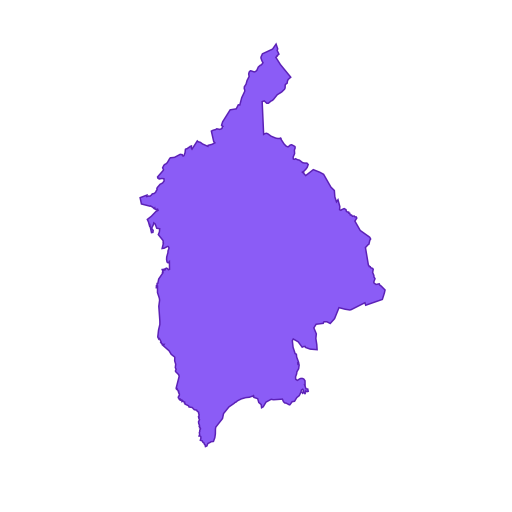 the district of Caimito, Sucre, Colombia, rotated 215°
{"feature_id": "7082276B33919985254113", "entity_name": "Caimito", "entity_type": "district", "adm_level": 2, "iso_a3": "COL", "parent_name": "Colombia", "parent_adm1": "Sucre", "projection": "equal_earth", "projection_center": [-75.153, 8.788], "detail": "fine", "context": "isolated", "style": "filled", "palette": "violet", "viewbox_px": 512, "rotation_deg": 215, "n_neighbors": 0, "source": "geoboundaries", "source_scale": "gbopen_adm2", "svg_char_len": 6085}
<svg xmlns="http://www.w3.org/2000/svg" viewBox="0 0 512 512"><g transform="rotate(215 256 256)"><path d="M184.5,79.7L185.5,83.5L187.2,86.9L190.1,91.2L190.8,92.8L190.2,103.6L192.2,108.3L191.6,116.9L189.4,122.8L189.2,124.2L188.7,124.5L188.1,126.8L186.1,130.5L183.2,134.1L180.4,136.5L178.6,139.1L178.3,139.2L178.0,140.2L177.5,139.9L177.1,139.1L176.5,139.0L172.8,140.1L169.7,137.6L166.6,137.3L164.4,134.9L163.6,136.6L164.0,142.1L161.4,147.3L159.2,148.3L152.3,153.9L149.9,152.4L148.2,152.1L146.8,152.8L143.3,153.2L142.9,153.6L142.8,157.4L141.1,159.1L141.4,163.4L140.5,166.4L141.1,170.3L141.9,172.3L141.3,173.7L140.0,173.1L139.1,172.0L139.4,172.1L139.8,170.7L139.0,170.3L138.6,171.8L136.9,171.3L136.8,171.5L137.3,171.8L137.8,174.0L136.5,174.0L135.6,175.1L137.3,176.7L138.9,175.9L141.5,177.8L141.3,177.8L144.3,181.9L146.2,182.6L147.6,182.4L149.0,181.5L149.7,180.5L150.8,177.8L152.8,177.8L154.3,179.7L155.1,182.7L156.1,184.6L156.4,188.1L158.1,191.4L159.2,192.4L159.6,191.5L160.6,192.5L160.2,193.4L164.8,196.6L166.6,198.7L168.0,198.5L173.3,202.5L177.7,207.5L177.9,209.4L172.2,209.9L165.9,207.8L165.1,209.1L163.9,210.1L163.0,209.5L158.2,210.8L152.2,214.3L155.4,218.3L159.7,222.8L161.9,226.8L167.4,230.3L167.6,234.6L162.3,239.4L162.6,240.5L162.5,241.2L160.2,242.8L156.5,243.3L155.7,249.7L158.4,261.3L152.5,263.5L148.2,265.6L147.3,266.6L140.0,280.2L137.9,278.6L127.6,292.9L129.6,299.3L130.8,302.2L136.3,303.2L138.0,303.2L139.1,303.9L141.4,301.5L143.9,301.6L144.6,302.2L145.5,305.7L147.4,306.5L148.3,307.7L151.0,309.4L152.4,312.4L153.4,312.7L155.3,312.2L156.3,312.8L157.1,312.3L157.9,312.9L158.8,313.1L171.2,325.7L170.7,329.5L170.3,330.5L171.8,334.2L171.8,335.6L172.2,335.9L173.7,336.6L185.3,336.7L195.0,341.3L195.2,344.9L196.4,345.5L197.4,344.8L198.5,345.1L199.8,343.8L201.2,344.4L202.3,343.7L203.8,344.8L204.5,344.3L205.3,345.1L206.5,344.4L207.7,344.5L208.9,345.6L211.0,345.4L212.4,343.1L212.7,342.1L214.1,341.9L215.7,344.6L221.1,349.1L221.1,346.5L225.3,349.6L229.4,354.6L234.2,355.4L247.5,361.7L251.8,361.2L258.6,359.6L261.4,350.4L263.8,350.9L264.4,351.4L264.6,351.1L266.1,351.3L265.4,352.8L264.9,356.1L264.9,358.0L265.7,360.9L267.6,361.3L269.3,360.1L271.3,359.2L275.4,359.4L277.5,358.6L279.4,358.4L280.0,357.2L281.0,356.8L282.3,358.3L283.1,362.0L285.3,364.8L285.9,366.9L286.7,367.9L287.3,368.0L290.6,367.6L291.6,366.5L292.2,364.0L292.7,363.6L294.3,363.3L297.4,363.9L302.3,365.9L303.0,366.7L303.7,366.6L303.7,366.1L305.5,364.8L307.4,363.9L312.4,362.8L316.4,362.9L317.9,362.5L318.9,361.3L319.5,360.0L339.5,386.0L338.2,387.8L334.8,387.3L333.5,388.2L332.6,391.5L331.9,392.7L331.5,394.1L331.1,400.3L329.0,405.2L328.3,409.1L328.6,410.4L330.2,412.9L330.1,414.2L329.6,415.4L330.6,417.4L330.9,419.1L330.1,422.4L345.8,426.8L353.7,430.1L353.3,431.9L353.6,432.0L353.0,434.5L356.6,436.5L357.0,438.1L361.1,441.1L361.1,435.0L366.7,425.3L366.1,422.2L365.6,421.1L363.1,419.3L361.1,418.3L361.2,415.7L361.9,414.7L362.5,412.1L361.8,408.4L362.3,406.7L363.0,405.8L366.6,404.7L366.9,404.3L367.1,402.8L366.4,400.9L364.6,399.1L364.0,394.7L362.7,391.0L362.6,387.9L361.6,386.3L360.5,385.6L359.7,384.5L358.5,377.5L355.9,370.4L357.2,369.7L356.6,365.2L361.0,360.9L360.3,346.8L359.2,343.3L357.5,343.2L357.7,342.6L357.1,341.3L357.1,340.7L358.3,338.9L361.1,337.7L361.6,336.4L363.3,334.4L364.2,332.7L356.3,325.5L354.6,325.1L356.1,322.2L358.7,319.2L358.3,318.2L364.1,317.1L366.7,317.2L369.0,316.4L370.1,316.6L369.7,306.8L370.7,307.2L372.0,309.1L372.8,308.0L373.0,306.7L373.6,306.1L373.7,304.8L374.8,303.5L375.0,302.9L373.4,300.0L372.6,296.9L372.8,296.3L373.6,296.0L374.6,296.7L376.4,295.8L379.3,290.1L382.5,287.3L382.6,286.2L382.2,281.7L382.6,279.8L383.3,278.6L383.5,277.5L383.1,274.7L381.2,273.6L381.1,272.8L382.0,264.3L381.1,263.5L380.2,264.0L379.5,263.5L377.7,265.4L375.8,266.5L374.3,264.8L374.4,262.2L375.7,259.7L376.1,255.6L376.0,254.6L375.1,253.6L375.1,252.2L374.8,250.8L375.2,248.9L376.6,247.4L376.7,245.6L377.2,244.2L378.6,243.3L379.5,242.0L379.8,242.1L380.3,243.3L384.4,237.3L379.7,232.9L371.4,236.0L371.2,236.5L368.6,236.7L366.6,236.4L366.5,237.3L365.7,236.6L364.8,236.6L363.9,237.5L363.6,237.1L363.3,237.8L362.4,237.2L363.5,235.1L364.5,228.5L366.0,223.6L363.6,222.2L360.7,219.8L360.7,220.4L355.0,215.2L354.0,216.2L354.9,218.0L357.4,218.8L358.0,222.7L358.7,224.5L357.0,224.4L353.2,221.8L350.5,223.1L348.9,220.2L348.3,217.5L341.2,215.4L340.5,214.9L339.6,213.4L339.2,213.4L337.2,208.3L335.7,209.7L334.0,213.0L333.3,213.4L332.3,213.0L331.7,212.3L331.0,209.7L330.1,208.3L328.6,204.0L327.3,201.9L325.5,200.1L324.5,199.9L323.9,200.2L323.7,201.7L319.2,195.5L319.9,194.5L321.3,194.9L322.4,194.7L323.1,193.5L322.5,192.7L323.2,191.7L323.8,192.3L325.1,191.1L323.3,189.9L323.3,189.0L322.6,188.9L322.5,181.3L320.7,177.2L320.8,176.9L321.2,176.7L320.2,175.2L320.6,174.7L319.7,173.2L319.4,173.8L319.1,173.4L318.9,173.8L319.2,174.1L319.1,174.4L315.7,169.5L311.0,166.0L309.6,164.5L306.8,159.1L297.4,147.5L295.5,144.8L293.4,139.5L290.0,133.3L288.0,132.2L287.9,132.9L286.8,132.5L284.3,131.1L284.5,130.6L283.0,130.1L281.2,130.4L281.0,130.1L280.6,130.6L280.5,129.6L280.8,129.4L272.8,128.5L269.0,126.8L264.8,126.6L264.4,126.4L262.5,123.5L259.7,121.3L258.1,118.3L256.5,117.4L256.1,115.7L255.6,115.2L251.2,114.4L249.9,113.3L245.6,101.9L245.0,101.4L244.3,101.3L244.3,101.8L243.3,101.2L241.9,101.0L241.8,100.2L241.2,100.2L240.6,99.4L240.1,99.4L239.5,98.9L238.7,97.5L239.0,96.8L238.6,95.6L238.1,95.2L237.0,95.1L236.9,94.7L236.3,94.5L235.9,95.1L235.6,94.5L235.1,94.5L234.6,95.3L233.9,95.5L233.6,95.3L233.5,94.9L233.2,95.0L233.1,94.6L232.7,95.2L232.4,94.9L230.6,95.4L230.2,94.5L229.5,94.5L229.2,94.0L225.3,94.6L224.3,93.9L221.4,95.3L218.5,94.7L216.1,95.7L215.1,95.1L213.4,95.1L212.4,93.8L211.7,93.6L211.1,92.4L211.0,91.5L210.4,91.4L210.3,90.8L209.9,90.8L209.8,90.3L208.4,89.5L208.0,87.2L206.7,85.8L205.2,85.0L204.9,83.9L204.0,83.7L203.7,82.9L202.9,83.1L202.3,82.6L202.2,81.1L201.4,79.9L201.1,78.8L199.8,77.5L199.4,75.9L198.3,76.5L197.7,76.4L196.7,75.3L195.9,73.1L193.9,73.7L192.5,72.9L191.4,73.0L190.3,72.2L189.4,72.1L188.1,70.9L187.3,72.2L187.9,74.8L186.7,76.9L186.4,77.9L184.5,79.7Z" fill="#8b5cf6" stroke="#5b21b6" stroke-width="1.5"/></g></svg>